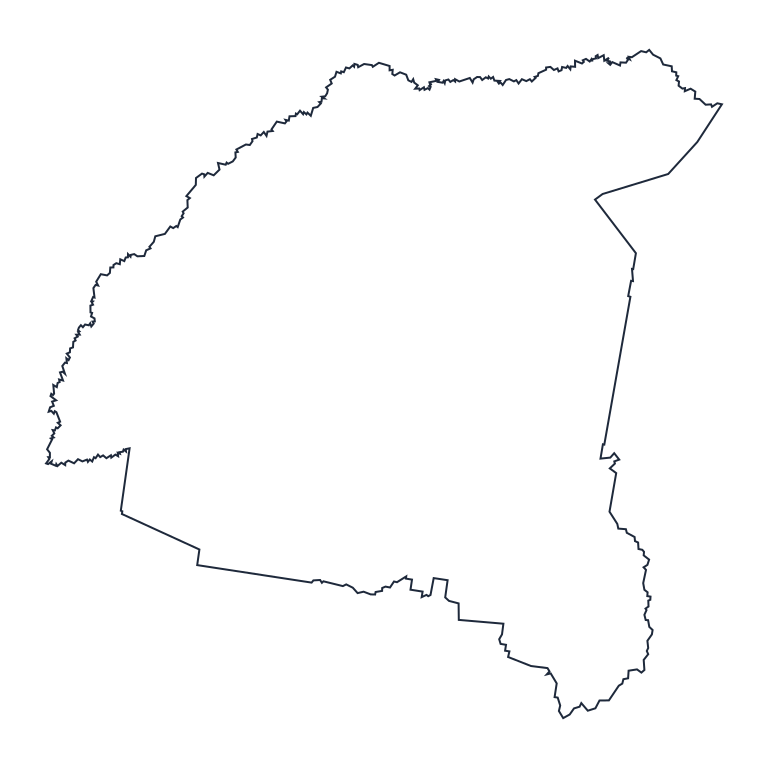 Moree Plains, New South Wales, Australia
{"feature_id": "25037944B16767086981220", "entity_name": "Moree Plains", "entity_type": "district", "adm_level": 2, "iso_a3": "AUS", "parent_name": "Australia", "parent_adm1": "New South Wales", "projection": "orthographic", "projection_center": [149.192, -29.321], "detail": "fine", "context": "isolated", "style": "outline", "palette": "slate", "viewbox_px": 768, "rotation_deg": 0, "n_neighbors": 0, "source": "geoboundaries", "source_scale": "gbopen_adm2", "svg_char_len": 5866}
<svg xmlns="http://www.w3.org/2000/svg" viewBox="0 0 768 768"><path d="M697.3,142.0L721.9,104.3L717.3,103.3L712.0,106.8L711.1,104.4L705.6,104.7L699.5,99.0L694.7,98.7L695.3,91.6L690.6,88.7L684.8,91.2L685.0,88.1L682.4,88.6L678.6,85.7L679.0,81.5L676.4,80.1L678.2,76.2L676.2,75.6L676.3,72.3L672.0,71.3L671.7,66.3L663.2,64.5L660.4,58.4L653.1,54.7L649.2,49.9L646.2,52.3L641.1,51.1L631.9,57.2L628.7,56.8L629.8,59.4L626.6,57.6L628.0,59.8L626.0,62.7L620.5,62.4L620.0,65.5L612.3,62.1L610.2,64.8L608.3,63.2L610.4,63.1L610.0,61.4L606.9,60.7L608.9,57.8L604.3,60.7L603.7,55.2L598.2,58.1L597.6,55.0L595.7,56.2L596.0,58.4L592.4,59.2L592.3,61.4L591.5,59.1L589.7,61.5L586.0,58.9L582.8,60.3L583.8,61.9L582.0,63.5L575.0,60.7L575.1,66.8L570.7,66.4L570.3,69.3L567.6,66.0L566.2,67.9L562.1,67.0L561.5,70.2L558.6,71.4L557.5,68.4L553.9,70.0L550.4,66.9L546.1,67.5L546.1,69.7L538.4,73.2L537.9,75.9L534.7,76.9L535.6,77.9L531.8,81.5L529.9,79.2L526.3,81.1L521.9,79.2L518.6,83.5L516.3,80.1L513.9,81.4L509.3,79.1L506.0,80.0L502.7,85.0L500.5,82.4L498.9,83.6L497.8,82.0L499.3,80.9L494.4,80.6L493.1,77.0L490.8,78.7L488.7,76.5L488.1,78.5L485.8,77.3L482.2,80.0L480.1,77.1L477.1,77.0L473.7,79.3L472.6,82.6L469.8,78.0L459.3,81.5L455.1,79.2L455.1,81.5L453.3,80.1L450.3,81.9L448.4,79.5L445.3,80.4L444.7,83.2L443.6,81.0L442.6,82.7L437.8,81.9L439.0,79.9L435.9,79.2L436.6,80.8L429.4,82.3L430.1,84.5L431.7,83.9L429.1,86.0L430.6,86.9L429.5,89.6L427.9,88.1L424.5,89.8L423.9,87.3L419.6,90.1L419.2,88.5L415.2,88.7L417.8,85.3L414.2,82.6L413.2,79.2L411.5,81.9L408.3,80.3L406.2,74.7L400.0,72.3L394.6,75.5L392.3,74.0L392.7,69.8L389.6,70.3L389.6,66.0L378.9,62.8L372.8,66.8L371.9,65.1L364.1,64.0L358.2,67.2L357.7,64.9L354.4,63.9L354.1,66.7L352.7,65.4L349.4,68.4L346.0,67.5L343.8,72.2L341.2,71.4L340.8,73.4L336.5,71.8L335.0,76.7L330.2,79.8L331.7,83.5L326.1,87.4L327.9,89.7L327.1,93.3L325.2,96.3L321.8,96.7L324.2,98.4L321.9,98.2L321.5,101.7L319.3,102.1L320.8,103.5L317.5,107.0L313.2,107.9L310.8,115.8L307.5,112.6L306.4,114.4L303.9,112.1L303.1,114.2L300.0,110.7L297.2,114.3L295.9,113.6L295.5,116.1L289.5,116.3L288.8,120.6L285.5,119.9L286.5,121.4L284.9,123.4L276.8,121.6L271.5,129.4L272.7,131.0L267.5,131.6L266.5,135.9L263.8,132.0L260.7,135.4L257.6,134.0L256.8,137.5L252.0,139.0L252.5,141.2L249.8,145.0L245.9,144.5L236.4,149.5L237.8,151.9L235.4,152.4L235.7,157.5L232.8,161.4L228.1,163.8L226.6,162.6L225.7,164.7L218.0,163.0L219.5,169.6L213.7,175.3L207.7,172.9L204.4,176.6L204.2,174.3L202.0,173.6L196.0,178.0L195.8,184.9L186.4,196.1L189.8,198.1L187.4,200.1L187.7,207.5L182.7,211.6L183.6,213.3L181.7,216.2L183.0,217.5L180.3,219.5L177.7,227.1L176.3,226.0L173.2,228.1L170.3,226.5L164.9,233.9L155.3,236.3L153.8,241.8L149.4,246.8L150.5,248.4L146.2,250.3L144.3,256.0L137.4,256.3L134.2,254.1L130.8,254.9L130.5,256.7L128.0,254.1L127.9,257.3L125.7,257.5L124.3,261.1L120.3,259.3L119.8,264.2L116.3,263.2L113.5,265.0L113.4,267.4L110.3,267.5L109.9,272.9L107.1,275.4L100.8,274.2L96.2,281.7L98.1,285.5L95.6,284.9L93.4,288.1L94.5,297.5L93.1,297.0L91.3,301.1L92.9,301.4L91.8,302.5L93.0,304.7L90.4,305.6L90.5,312.4L92.1,312.9L91.0,316.5L94.5,318.4L94.8,321.4L92.6,321.6L93.7,323.6L91.3,326.5L90.2,323.3L88.8,325.3L85.1,324.5L82.9,327.2L80.9,325.2L78.9,327.6L78.0,330.1L79.4,331.4L78.1,331.9L79.7,334.6L76.3,334.7L77.7,336.6L74.6,338.3L75.6,340.5L73.3,341.8L73.0,347.4L70.1,348.4L69.9,352.3L66.8,353.6L69.9,357.5L68.6,360.1L66.4,358.3L66.9,363.0L65.0,362.6L62.3,366.0L64.9,373.7L62.7,371.7L60.0,372.4L63.0,380.5L59.1,379.5L59.7,382.0L57.6,383.0L56.8,387.1L53.3,385.0L54.1,393.7L53.0,395.1L51.3,393.8L50.5,396.1L56.1,400.3L52.1,401.6L53.8,405.8L50.1,407.3L48.7,411.7L51.3,410.9L53.8,413.7L54.8,411.2L56.4,412.2L60.1,421.7L57.8,422.8L60.6,425.3L57.7,428.3L56.0,427.4L54.9,430.4L52.7,430.1L54.3,433.4L51.8,435.8L53.7,437.5L50.9,438.4L52.1,439.4L47.1,449.3L49.9,452.8L49.9,457.2L48.3,457.2L49.4,458.9L46.1,463.4L48.1,464.1L51.7,461.3L51.0,463.7L55.9,465.8L56.3,464.1L57.5,466.0L61.3,462.7L65.2,465.1L65.3,462.6L68.4,460.6L74.1,463.3L78.0,459.2L82.4,461.4L87.0,459.6L87.9,461.9L89.8,459.5L92.2,461.5L94.0,457.2L95.6,458.2L98.0,454.6L100.2,457.1L103.1,455.4L106.4,458.2L110.9,455.3L111.3,457.6L115.4,454.6L118.1,456.2L117.7,452.8L119.9,453.7L119.4,452.2L122.9,451.7L123.6,449.6L126.0,451.5L125.7,449.1L129.6,448.3L120.8,510.7L122.3,511.3L121.9,514.0L199.4,549.5L197.2,565.1L311.6,582.6L313.4,580.4L320.1,580.0L321.9,582.8L323.4,581.3L342.9,586.1L346.2,584.4L352.8,587.7L357.6,593.1L363.6,591.7L370.7,594.4L375.1,594.5L375.6,592.0L382.1,590.9L382.2,588.0L385.5,586.6L390.0,587.5L394.0,581.5L397.0,582.2L406.2,576.4L405.9,578.6L412.0,579.6L410.5,589.7L422.6,591.6L421.7,597.1L426.5,594.9L428.2,596.2L430.5,595.0L433.7,578.1L447.6,580.2L445.2,597.4L449.0,600.9L458.6,603.4L458.8,619.9L503.4,623.7L502.0,634.4L499.2,639.2L500.6,643.9L506.0,644.8L505.1,650.7L509.4,651.4L508.1,657.0L530.9,666.0L547.5,668.1L549.5,671.4L546.8,674.4L550.7,673.4L556.7,683.4L554.6,697.1L557.7,697.6L560.2,705.5L558.9,711.0L563.2,718.1L569.7,714.5L574.0,708.4L579.6,706.7L581.3,703.1L587.8,710.7L595.4,708.3L599.5,700.5L608.9,700.4L618.8,685.7L622.3,683.6L623.4,679.2L628.1,678.3L628.6,670.7L637.0,669.4L641.4,672.6L644.4,670.0L643.7,659.9L648.2,654.2L646.8,651.0L648.2,648.0L647.4,640.8L651.9,634.4L652.6,630.0L649.3,626.9L648.1,620.2L645.7,620.0L644.4,614.8L646.5,610.1L645.5,608.6L648.5,606.5L648.3,600.6L650.3,599.8L650.5,596.6L647.3,596.1L647.6,592.3L644.4,589.8L643.2,583.1L646.0,569.9L643.6,567.3L647.4,564.9L649.1,559.6L643.7,555.4L644.0,551.8L642.3,549.8L638.5,549.0L638.1,542.5L635.0,541.1L634.6,537.0L626.8,532.8L625.9,529.2L618.3,528.6L617.3,523.9L609.5,511.7L616.2,473.1L609.8,468.4L614.9,463.6L614.3,461.4L619.2,459.6L614.2,453.2L610.3,457.6L600.5,458.6L602.9,444.3L604.3,444.6L630.4,296.8L628.2,296.1L631.1,280.8L633.0,281.1L632.0,268.9L633.2,269.1L635.9,253.2L595.0,199.6L602.6,194.0L668.2,174.0L697.3,142.0Z" fill="none" stroke="#1e293b" stroke-width="2"/></svg>